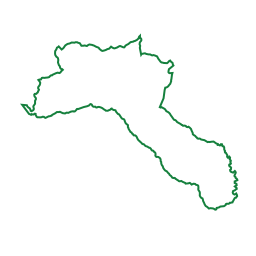 outline of Divinópolis do Tocantins, Tocantins, Brazil, rotated 173°
{"feature_id": "56859067B58082992267774", "entity_name": "Divinópolis do Tocantins", "entity_type": "district", "adm_level": 2, "iso_a3": "BRA", "parent_name": "Brazil", "parent_adm1": "Tocantins", "projection": "robinson", "projection_center": [-49.348, -9.64], "detail": "fine", "context": "isolated", "style": "outline", "palette": "green", "viewbox_px": 256, "rotation_deg": 173, "n_neighbors": 0, "source": "geoboundaries", "source_scale": "gbopen_adm2", "svg_char_len": 5774}
<svg xmlns="http://www.w3.org/2000/svg" viewBox="0 0 256 256"><g transform="rotate(173 128 128)"><path d="M28.0,47.0L28.0,48.1L28.6,49.8L29.8,49.1L30.5,49.0L31.7,50.1L31.9,51.3L31.4,52.6L29.4,53.2L28.6,53.8L27.5,54.3L27.5,55.2L29.1,57.0L27.1,58.0L27.2,59.4L28.8,60.4L28.6,62.0L25.8,62.9L25.9,63.7L26.3,64.4L27.2,65.2L27.3,66.3L28.1,67.0L28.1,67.9L26.5,70.5L26.7,71.6L27.2,72.3L29.1,70.9L30.9,71.8L31.6,72.5L31.8,73.9L30.9,74.4L30.5,76.0L31.0,76.9L31.9,77.5L32.2,78.9L31.6,79.6L30.8,79.6L30.2,80.2L30.6,82.0L29.9,82.8L30.2,83.6L30.8,84.3L30.3,86.2L30.9,87.2L32.3,86.2L32.9,86.9L33.1,87.7L32.7,88.7L33.9,91.5L34.6,91.8L34.8,92.6L34.5,93.4L35.1,94.8L34.9,97.1L35.3,98.1L36.4,98.4L36.7,100.4L37.7,100.6L38.3,99.6L39.0,99.5L40.0,100.3L41.0,100.3L40.9,101.3L41.7,101.5L42.4,102.0L44.7,104.1L46.9,104.2L48.7,104.1L49.5,104.4L50.7,104.3L53.6,106.6L56.9,107.7L57.6,108.5L58.7,108.9L59.6,108.8L60.5,109.3L60.8,110.1L61.4,110.6L62.3,112.0L63.7,113.1L64.4,113.9L64.4,115.3L65.3,118.0L65.5,119.2L66.5,120.6L67.8,121.9L68.7,121.6L69.8,122.0L70.4,123.0L71.5,123.5L73.1,123.5L73.7,124.3L74.4,124.5L75.1,125.4L78.5,127.9L79.4,129.4L80.1,130.1L81.1,130.4L81.7,131.2L83.5,134.6L83.9,135.2L84.7,137.1L85.6,138.3L86.5,139.1L87.9,140.0L88.6,141.5L89.3,142.5L92.2,144.6L93.1,144.3L93.9,144.8L89.1,153.1L87.0,161.2L86.1,163.5L85.2,163.5L84.0,163.9L82.9,164.6L82.2,165.4L80.7,166.7L79.4,169.3L79.4,170.3L79.0,171.1L77.9,175.4L77.2,177.2L79.8,177.3L80.5,177.6L81.0,178.3L80.9,179.4L80.2,181.4L75.3,184.5L75.7,185.5L75.9,187.3L77.3,188.6L77.9,189.8L78.9,189.5L80.2,188.3L81.3,187.6L84.6,188.2L85.7,188.7L86.8,189.0L87.6,189.8L89.5,193.1L90.4,195.5L92.3,196.6L93.9,197.3L95.2,197.1L97.2,198.4L98.5,198.5L100.9,199.3L101.7,199.9L102.6,200.1L105.5,199.8L106.0,199.2L106.5,206.1L106.1,207.2L105.9,208.3L106.3,209.7L106.0,211.0L105.6,211.8L104.4,212.9L104.0,213.6L104.0,214.8L105.1,216.5L104.9,218.0L105.8,217.3L106.3,216.5L106.3,215.6L107.4,215.1L108.3,214.4L110.6,213.5L111.4,213.5L112.2,213.1L115.0,212.9L117.4,211.3L118.8,210.8L120.4,210.1L121.8,208.5L122.7,208.6L125.7,210.3L126.5,210.3L129.1,209.2L131.4,208.7L132.2,208.8L133.6,209.6L134.9,210.8L137.1,209.0L139.0,208.8L139.7,208.4L141.6,207.9L143.9,207.6L144.6,207.9L145.2,208.4L145.8,209.1L146.6,209.8L147.0,210.7L147.6,211.4L149.7,212.5L152.1,214.2L152.8,214.4L153.4,214.8L156.1,215.6L157.2,215.3L158.8,214.4L161.0,215.2L162.0,215.1L164.2,215.3L165.5,218.0L167.4,218.8L168.0,219.3L169.8,219.5L170.6,219.2L173.5,219.7L175.7,219.0L177.8,218.8L180.2,217.6L181.9,215.7L182.6,215.0L184.3,214.0L186.8,217.4L187.6,216.8L188.7,216.4L189.2,215.5L189.5,214.8L190.9,213.2L191.3,211.1L191.3,209.9L191.2,209.1L190.3,207.3L189.5,206.7L189.0,205.8L188.9,204.0L189.5,201.6L188.9,198.7L188.2,197.8L188.0,196.1L187.6,195.2L186.9,194.6L186.1,194.4L185.6,193.7L187.2,192.6L188.4,191.3L189.4,190.9L191.1,191.5L192.7,191.2L196.2,190.1L197.0,189.5L197.8,189.7L199.4,188.8L199.9,188.2L200.7,188.0L202.4,187.9L203.5,188.0L204.5,187.9L206.7,188.3L207.4,188.2L208.5,186.8L210.2,186.9L211.1,186.6L210.0,184.8L209.6,183.6L209.9,182.5L210.4,181.4L212.2,179.4L212.3,178.1L211.7,176.9L212.2,176.0L212.9,175.3L213.2,174.3L214.0,173.9L214.8,173.1L216.4,173.2L217.0,172.5L217.0,171.6L216.9,170.8L215.8,168.9L215.9,167.8L216.9,166.4L217.3,163.4L219.3,161.1L219.3,159.9L219.1,158.9L219.3,157.9L219.9,157.2L220.7,156.9L221.6,156.4L222.5,156.9L222.6,158.0L223.2,159.6L224.1,160.2L225.3,161.7L225.6,162.9L230.2,163.9L224.5,154.0L223.6,153.6L222.6,152.9L222.0,153.5L220.6,152.9L219.8,153.1L218.8,153.6L218.0,153.3L218.1,152.3L217.7,151.3L217.3,150.3L216.7,149.7L213.2,149.2L212.2,149.3L211.3,149.6L210.1,149.3L209.4,148.5L208.6,148.1L205.2,149.3L204.1,149.2L203.3,149.5L202.4,149.5L201.6,150.3L198.6,151.4L196.6,152.5L194.5,152.2L193.6,152.4L191.0,150.7L188.7,150.1L187.2,150.7L186.4,150.6L185.5,150.3L182.7,151.2L181.1,151.3L180.3,151.3L179.7,150.9L178.7,151.0L177.0,152.3L176.5,153.0L175.8,153.1L175.1,152.9L169.3,154.2L165.8,154.6L164.0,155.1L162.4,156.3L161.7,156.1L161.1,155.6L160.7,154.4L160.1,153.6L159.3,153.2L158.0,153.2L157.0,152.2L156.3,152.2L155.4,152.5L154.3,152.5L152.4,151.7L151.0,150.8L149.7,149.5L148.4,148.5L147.9,147.9L145.9,147.6L144.9,148.0L144.1,148.1L143.3,148.4L142.6,149.1L141.8,149.3L141.4,148.5L140.6,148.0L139.8,147.5L139.1,147.4L138.3,147.1L137.8,145.5L136.8,144.0L136.3,143.2L135.4,142.8L134.9,142.1L133.4,139.0L132.8,138.1L130.8,137.0L130.4,135.9L130.3,134.7L129.9,133.8L129.7,132.9L127.7,130.8L128.0,128.9L127.6,128.2L127.6,127.3L126.4,124.7L126.0,123.7L125.1,123.2L124.5,121.8L123.8,121.3L123.5,120.4L123.0,119.9L122.0,119.9L121.3,119.4L120.6,118.5L119.9,116.2L119.3,114.9L118.7,114.1L118.1,113.6L117.6,112.8L116.5,111.7L116.1,110.8L115.3,110.2L114.5,110.1L113.9,109.5L113.3,108.5L112.5,107.8L111.1,107.2L109.6,105.9L108.8,105.7L108.0,104.9L107.1,102.9L105.6,102.3L105.2,101.3L104.3,100.6L103.9,99.9L103.8,98.7L104.2,97.5L103.9,96.4L103.2,95.8L102.4,95.8L101.3,95.5L99.9,94.1L99.5,93.0L99.6,91.0L99.2,90.3L99.3,88.6L99.1,87.7L98.8,86.8L98.2,85.9L97.8,83.8L96.9,82.2L96.2,81.2L94.8,80.3L93.6,78.4L92.8,77.6L92.4,76.4L91.0,75.0L90.1,73.3L89.1,72.8L88.3,72.9L87.4,72.5L87.0,71.7L86.3,71.3L85.2,70.2L84.5,69.8L84.0,69.1L83.3,68.8L81.5,68.9L80.3,67.9L77.9,66.5L77.6,65.8L75.0,65.7L73.4,66.0L72.8,65.5L71.8,64.1L69.8,64.7L68.9,64.5L68.2,64.3L67.5,63.4L66.4,63.0L65.4,62.3L65.3,61.5L65.4,59.7L65.7,59.0L65.7,58.0L64.7,56.0L64.6,54.8L65.0,52.1L64.5,50.8L63.7,49.6L62.7,49.1L62.4,47.9L62.3,46.3L61.6,44.4L61.2,42.8L60.4,41.1L59.0,40.0L57.5,38.2L56.1,38.4L54.2,38.0L53.2,37.7L52.1,37.0L51.4,36.3L50.3,36.5L49.7,37.9L48.7,37.9L47.0,38.2L46.0,38.8L42.3,38.7L40.5,39.6L40.1,40.5L39.2,40.8L37.5,40.5L36.6,40.8L36.0,41.4L35.2,41.2L34.2,41.5L33.4,41.4L33.0,42.1L30.7,45.3L30.0,45.7L29.2,45.7L28.7,46.4L28.0,47.0Z" fill="none" stroke="#15803d" stroke-width="2"/></g></svg>